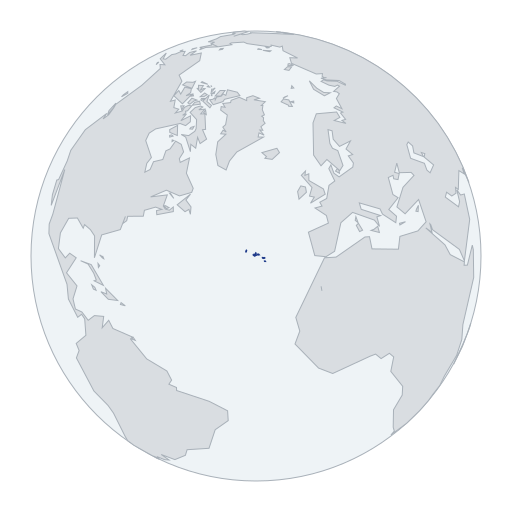 globe centered on Azores
{"feature_id": "PRT-735", "entity_name": "Azores", "entity_type": "Autonomous region", "adm_level": 1, "iso_a3": "PRT", "parent_name": "Portugal", "parent_adm1": "", "projection": "orthographic", "projection_center": [-27.949, 38.331], "detail": "medium", "context": "on_globe", "style": "filled", "palette": "blue", "viewbox_px": 512, "rotation_deg": 0, "n_neighbors": 0, "source": "natural_earth", "source_scale": "10m", "svg_char_len": 10825}
<svg xmlns="http://www.w3.org/2000/svg" viewBox="0 0 512 512"><circle cx="256" cy="256" r="225" fill="#eef3f6" stroke="#a8b0b8"/><path d="M133.9,445.3L127.6,440.6L125.1,436.3L113.5,413.1L108.0,405.4L93.9,391.0L76.4,357.9L79.1,350.5L76.2,343.4L85.9,335.3L84.7,318.9L81.6,314.3L77.7,317.3L68.4,299.0L67.0,284.3L48.9,233.6L49.2,224.0L52.8,214.2L64.8,169.5L51.2,205.4L52.4,194.8L56.8,180.0L58.6,179.6L67.2,161.0L70.8,150.3L85.3,129.7L106.8,113.4L103.1,118.9L108.7,114.8L113.7,107.9L115.7,104.4L141.7,85.4L160.3,68.5L160.0,64.5L164.9,64.8L160.2,58.8L166.3,53.0L163.1,58.9L165.7,59.2L171.8,54.6L175.7,53.9L180.9,51.6L185.1,51.4L183.0,55.5L185.6,55.7L189.7,52.5L196.5,50.8L190.1,55.3L201.3,53.0L199.7,60.7L179.1,75.1L181.9,81.2L170.4,101.3L175.2,100.0L173.8,107.6L178.8,109.2L175.3,113.0L182.3,111.0L184.6,107.3L188.5,105.3L191.6,106.0L187.6,110.8L185.5,111.2L185.9,113.0L182.6,115.2L186.0,114.5L180.9,120.7L190.6,115.8L190.3,121.8L185.6,125.6L180.1,123.5L155.7,128.9L149.2,133.1L145.7,140.5L151.4,157.5L146.8,163.3L144.8,172.2L150.1,169.5L153.5,161.7L162.8,159.5L165.9,150.8L170.1,148.9L175.6,141.1L181.2,144.3L183.6,151.9L179.3,158.7L180.2,162.4L189.5,157.9L186.4,173.2L193.2,188.3L191.7,192.4L179.5,195.9L166.4,190.2L150.6,196.9L167.3,194.9L163.3,206.0L165.3,209.1L169.3,210.2L173.3,207.0L173.3,211.6L156.8,214.7L156.5,210.6L161.8,209.4L155.6,207.1L144.4,210.3L143.3,216.2L127.7,216.3L126.7,220.7L122.7,223.6L125.4,216.4L120.3,229.6L101.7,234.9L94.4,257.8L94.6,235.9L90.4,229.6L84.6,224.6L83.2,228.2L77.4,218.0L68.7,218.3L60.4,232.9L58.4,248.6L65.3,257.9L69.7,253.2L76.2,257.8L66.5,272.8L77.0,285.9L73.0,298.9L75.4,309.0L81.9,312.0L88.2,320.3L94.4,315.6L103.7,316.4L102.2,327.8L108.7,320.3L112.9,328.5L132.4,337.0L130.5,339.0L146.7,358.9L166.9,371.0L171.6,380.1L168.9,384.2L176.5,387.5L176.6,390.5L209.1,401.3L227.6,410.8L228.2,420.6L215.2,429.7L209.0,448.3L187.1,449.7L185.4,455.3L174.9,459.6L161.2,454.5L169.1,460.0L164.7,459.7L156.9,456.6L159.0,458.6L153.4,456.0L159.6,459.3L156.9,458.3L133.9,445.3ZM91.2,264.6L103.4,285.4L94.1,280.8L96.3,280.0L93.7,273.1L88.1,264.1L80.6,260.7L91.2,264.6ZM102.0,257.5L99.6,254.8L102.2,256.5L102.0,257.5ZM115.9,103.1L113.4,107.9L107.5,114.7L109.0,110.6L115.9,103.1ZM127.8,91.6L127.8,93.3L121.5,96.8L123.5,94.7L127.8,91.6ZM158.9,62.1L156.1,64.7L157.4,62.5L158.9,62.1ZM180.9,51.3L180.4,50.8L183.3,49.8L180.9,51.3ZM172.2,139.9L173.9,140.5L172.0,141.6L172.2,139.9ZM173.1,136.1L169.7,137.1L169.6,135.4L171.7,134.9L173.1,136.1ZM192.4,48.8L197.2,47.7L191.9,49.5L192.4,48.8ZM177.3,135.5L169.8,132.4L169.7,129.6L177.6,125.4L177.3,135.5ZM199.7,47.4L211.4,45.1L211.3,43.7L218.1,46.8L205.9,47.4L199.5,49.8L201.7,47.9L199.7,47.4ZM184.0,105.8L181.7,109.8L180.7,105.9L184.0,105.8ZM182.4,103.8L173.8,95.7L178.8,90.5L180.7,94.1L184.8,87.2L191.4,88.7L190.6,92.8L186.1,95.7L192.1,94.1L182.4,103.8ZM220.0,49.1L222.5,49.4L219.4,49.9L220.0,49.1ZM189.9,104.2L187.8,102.8L191.9,98.2L197.0,100.1L194.0,100.9L189.9,104.2ZM182.6,84.9L186.6,82.0L193.0,82.3L195.5,81.3L192.0,88.3L182.6,84.9ZM194.7,102.4L199.5,101.2L200.4,104.2L192.3,105.2L194.7,102.4ZM190.8,96.2L193.0,94.2L193.5,95.9L190.8,96.2ZM206.3,114.6L203.6,112.7L205.6,110.1L206.3,114.6ZM201.2,100.6L200.9,99.6L201.4,98.5L204.6,98.4L201.2,100.6ZM196.8,88.1L198.6,89.0L198.5,85.3L203.4,85.6L200.2,90.3L203.6,88.5L205.1,88.6L200.8,92.4L196.8,88.1ZM209.3,94.9L206.9,101.5L211.5,105.4L209.9,107.8L202.8,101.2L209.3,94.9ZM204.7,93.0L207.2,94.7L203.9,96.6L200.2,96.7L204.7,93.0ZM207.8,84.3L201.2,82.5L202.1,81.6L207.8,84.3ZM211.3,95.6L211.8,94.0L212.0,95.7L211.3,95.6ZM209.6,87.2L207.2,86.7L208.3,85.6L209.6,87.2ZM215.0,91.5L214.2,93.6L211.6,93.6L215.0,91.5ZM213.0,89.2L215.2,87.9L211.2,92.4L211.7,89.1L213.0,89.2ZM211.1,86.3L210.9,85.5L211.9,86.7L211.1,86.3ZM225.1,90.5L220.7,96.1L215.1,96.0L220.1,90.5L225.1,90.5ZM244.6,31.0L247.7,31.8L233.7,36.3L240.4,34.1L242.6,34.7L247.2,34.2L251.7,33.0L250.0,32.7L275.8,33.6L293.9,34.5L283.7,32.8L281.5,32.2L283.8,32.4L300.3,35.1L316.6,39.0L332.5,44.1L348.1,50.4L363.1,57.8L377.5,66.3L391.2,75.8L404.2,86.4L416.4,97.8L427.7,110.2L438.1,123.3L447.4,137.2L455.7,151.8L462.9,166.9L469.0,182.5L468.2,180.6L462.2,167.8L464.2,173.9L458.9,170.6L458.3,189.5L455.5,187.4L456.0,193.2L451.8,196.0L446.6,192.2L445.3,197.1L458.5,206.8L459.6,201.6L456.8,189.8L460.6,195.0L464.3,194.0L469.7,219.4L464.4,260.8L459.4,249.4L432.5,229.7L430.8,224.8L430.5,224.4L429.9,223.8L432.0,232.3L425.8,227.9L445.0,244.9L450.2,254.6L464.4,261.9L464.1,265.3L467.4,265.1L472.3,245.1L473.3,249.6L473.7,277.4L462.9,324.5L461.8,339.5L456.7,355.2L444.4,376.0L439.9,385.3L432.7,394.6L428.5,400.5L419.5,410.8L406.7,423.2L390.9,435.0L394.3,431.1L393.2,427.2L393.5,409.8L402.2,395.1L402.7,386.3L390.8,371.4L393.7,356.9L389.4,353.3L381.1,358.6L375.6,354.1L370.1,356.2L332.7,373.5L318.6,368.1L295.0,344.0L299.8,331.1L295.8,317.4L324.5,257.8L336.1,257.1L364.9,237.0L369.5,236.7L372.0,248.9L398.4,249.2L399.9,236.4L417.9,230.9L426.1,221.8L418.6,199.5L405.1,213.8L396.9,206.9L403.0,187.3L414.0,175.4L411.1,172.4L399.3,172.7L396.8,163.1L394.6,172.3L399.2,173.6L398.0,179.6L393.7,178.8L393.0,175.3L388.3,177.5L392.9,194.5L398.1,197.7L388.8,209.5L396.5,216.2L395.8,222.7L382.5,214.1L380.0,208.9L359.3,202.9L361.2,209.3L380.7,215.6L376.9,216.8L379.5,226.4L374.4,220.1L352.6,212.4L340.9,222.7L334.6,251.3L326.0,256.7L314.8,255.6L308.4,232.2L328.4,223.1L326.4,215.5L315.0,208.0L322.0,206.1L319.8,202.2L326.7,198.5L329.0,185.3L334.8,181.0L328.8,168.6L330.9,164.9L333.9,173.2L339.1,176.9L352.8,167.1L353.4,163.0L348.3,155.9L352.7,154.5L346.0,149.0L350.5,140.9L339.5,146.4L333.2,139.2L332.1,130.8L328.0,129.6L329.9,143.5L332.5,148.3L337.8,150.6L343.0,165.5L339.8,170.6L326.9,159.5L321.0,165.8L313.6,155.1L313.0,122.9L316.3,113.8L336.6,112.0L339.9,117.4L334.2,120.5L346.0,123.4L341.9,120.4L345.6,119.4L340.5,113.0L342.9,112.1L334.0,107.8L336.3,106.0L341.9,108.7L336.4,98.5L339.3,93.7L336.9,91.9L333.6,91.4L339.5,86.2L337.5,85.1L334.8,86.4L329.0,85.2L321.1,81.4L323.6,79.8L326.8,80.9L337.2,81.3L345.3,85.2L345.5,84.2L339.1,80.5L326.4,79.9L320.9,78.2L326.5,77.6L324.0,77.6L322.1,76.3L322.5,73.6L316.2,74.0L291.5,63.3L289.8,57.7L297.6,58.0L283.0,50.7L282.3,46.1L279.8,47.1L271.1,45.1L271.2,46.4L269.3,46.8L247.1,43.6L243.8,42.1L231.3,42.9L230.0,43.6L231.8,44.7L218.1,46.8L211.3,43.7L214.6,42.2L208.2,41.8L216.6,38.8L220.5,36.6L233.5,34.4L235.5,33.3L232.7,33.3L233.3,32.3L242.8,31.1L244.6,31.0ZM321.1,286.3L321.9,290.7L321.9,290.8L321.1,286.3ZM430.1,172.8L433.6,164.9L424.2,157.1L424.8,153.6L421.3,152.5L423.5,156.6L413.9,152.9L412.6,145.9L408.2,142.0L406.8,144.6L410.6,158.3L424.4,163.3L426.9,170.1L430.1,172.8ZM133.1,337.2L135.3,340.4L132.0,339.1L133.1,337.2ZM91.7,284.8L94.8,287.3L96.1,290.3L93.4,289.1L91.7,284.8ZM121.1,302.6L125.3,305.8L120.4,304.5L121.1,302.6ZM105.6,288.3L117.7,300.5L108.3,299.3L100.9,291.7L106.7,294.0L105.6,288.3ZM98.0,263.4L99.7,265.7L98.4,267.5L98.0,263.4ZM103.8,258.8L103.0,258.4L102.6,255.9L103.8,258.8ZM164.2,205.8L165.6,205.7L169.1,207.7L166.4,208.6L164.2,205.8ZM191.0,206.9L190.4,214.3L188.9,209.4L185.0,211.7L177.2,204.8L190.5,194.1L185.9,200.0L191.0,206.9ZM170.4,193.2L173.8,198.4L169.5,193.2L170.4,193.2ZM300.8,185.9L305.5,187.0L306.4,192.3L299.0,199.2L297.6,191.5L300.8,185.9ZM312.0,187.5L301.3,175.3L305.5,171.0L304.9,175.4L308.8,173.8L308.9,180.5L323.4,188.9L325.2,194.2L310.5,203.2L314.3,197.1L309.5,196.1L312.0,187.5ZM266.5,156.6L261.9,152.6L276.9,148.3L279.5,152.6L272.2,159.4L264.9,158.3L266.5,156.6ZM192.5,129.2L189.8,128.9L190.9,127.4L194.1,126.4L192.5,129.2ZM204.9,113.9L205.6,129.4L202.5,129.7L206.6,139.1L200.1,143.6L197.6,137.3L195.7,148.2L190.8,144.3L190.4,151.7L185.7,137.1L181.2,134.5L188.7,135.6L194.8,131.3L196.1,128.7L196.6,119.6L190.1,112.4L195.2,107.6L200.5,106.0L202.8,107.0L198.8,109.8L204.8,109.1L200.7,113.9L204.9,113.9ZM259.5,98.3L253.9,99.8L265.3,101.7L261.3,105.5L262.9,105.5L262.3,109.7L264.4,114.9L261.7,116.2L263.6,117.7L263.3,120.7L265.1,123.3L260.9,126.7L262.8,130.3L259.8,130.0L264.1,135.2L259.0,132.9L258.1,137.0L263.5,137.1L236.8,152.0L229.5,161.0L226.1,170.0L217.9,165.5L215.8,154.5L217.7,141.8L225.9,134.2L220.7,133.8L223.1,130.2L226.2,132.0L222.8,127.1L225.6,124.7L227.3,115.0L220.7,110.1L221.2,106.6L225.1,107.3L222.8,103.5L230.6,102.6L231.1,100.3L239.3,97.3L246.7,100.6L246.7,97.7L252.9,95.7L259.5,98.3ZM227.5,89.8L237.3,92.2L239.9,95.6L224.5,99.3L223.0,101.6L213.2,104.7L209.7,99.8L212.8,99.3L215.0,97.7L215.2,99.9L216.7,97.0L221.0,96.3L223.3,94.0L225.8,95.4L227.5,89.8ZM371.1,230.4L374.0,229.3L377.7,226.3L379.4,232.5L371.1,230.4ZM356.3,225.4L358.4,223.3L362.6,230.2L359.6,231.6L356.3,225.4ZM355.9,216.7L358.1,222.7L355.2,220.3L355.9,216.7ZM335.5,171.1L337.3,168.7L338.9,170.1L339.5,173.3L335.5,171.1ZM292.4,106.5L288.7,106.3L288.4,105.2L281.1,101.8L283.5,99.0L288.8,99.9L292.4,106.5ZM418.4,205.3L418.1,211.6L415.9,211.2L416.5,209.1L418.4,205.3ZM399.5,223.3L405.5,221.7L399.9,225.0L399.5,223.3ZM293.8,102.9L290.5,101.7L293.7,101.1L293.8,102.9ZM284.8,96.9L288.0,95.7L282.9,98.3L284.8,96.9ZM453.6,364.3L453.7,364.1L462.2,345.9L467.2,334.0L470.8,323.3L469.4,328.2L462.3,346.6L453.6,364.3ZM309.3,80.8L316.8,88.2L323.8,92.5L330.2,92.8L324.4,95.8L313.6,89.3L309.3,80.8ZM293.5,65.4L287.9,65.7L288.1,63.9L289.4,63.6L293.5,65.4ZM291.7,66.8L289.0,70.4L284.4,69.5L287.4,66.8L291.7,66.8ZM291.8,85.7L293.8,88.0L291.2,88.4L291.8,85.7ZM281.2,32.1L280.2,32.2L277.4,32.1L276.1,31.6L281.2,32.1ZM223.2,48.4L222.5,49.3L221.3,48.6L223.2,48.4ZM269.6,47.6L266.9,48.0L265.6,46.9L269.6,47.6ZM258.6,48.7L262.0,49.6L257.3,49.3L258.6,48.7ZM269.7,51.7L262.8,50.3L270.9,50.8L269.7,51.7Z" fill="#d9dde1" stroke="#a8b0b8" stroke-width="1"/><path d="M264.5,257.7L264.7,257.8L264.7,258.0L264.0,258.3L263.7,258.3L263.4,258.3L263.3,258.2L263.0,258.2L262.6,258.0L262.5,257.8L262.5,257.6L262.8,257.6L263.0,257.7L263.0,257.8L263.4,257.9L263.6,257.8L264.1,257.7L264.5,257.7ZM255.5,255.5L255.3,255.7L255.1,255.8L255.0,255.7L254.9,255.7L254.5,255.7L254.4,255.7L254.2,255.5L254.2,255.4L254.2,255.2L254.4,255.1L254.7,255.1L255.2,255.5L255.5,255.5ZM258.9,254.6L258.7,254.6L258.7,254.8L258.4,254.8L258.3,254.7L258.2,254.8L258.1,254.7L257.9,254.7L257.7,254.3L257.8,254.2L258.0,254.1L258.5,254.2L258.7,254.3L258.8,254.4L258.8,254.5L258.9,254.6ZM256.2,254.9L256.5,255.1L256.3,255.2L256.1,255.1L255.9,255.0L255.7,255.0L255.6,254.9L255.3,254.8L255.2,254.7L254.9,254.4L255.0,254.4L255.7,254.7L256.2,254.9ZM246.1,251.2L246.3,251.2L246.3,251.3L246.3,251.5L246.2,251.8L245.9,251.8L245.9,251.6L245.9,251.4L246.0,251.2L246.1,251.2ZM254.0,254.9L254.0,255.1L253.9,255.2L253.9,255.3L253.8,255.2L253.6,255.3L253.5,255.2L253.3,255.0L253.3,254.9L253.5,254.9L253.9,254.9L254.0,254.9ZM265.0,261.0L265.2,261.3L264.9,261.3L264.7,261.3L264.6,261.1L264.8,261.0L265.0,261.0ZM255.9,253.3L255.7,253.2L255.8,253.0L256.0,253.2L256.0,253.3L255.9,253.3ZM246.4,250.3L246.5,250.4L246.5,250.5L246.4,250.6L246.3,250.4L246.4,250.3Z" fill="#3b82f6" stroke="#1e3a8a" stroke-width="1.5"/></svg>